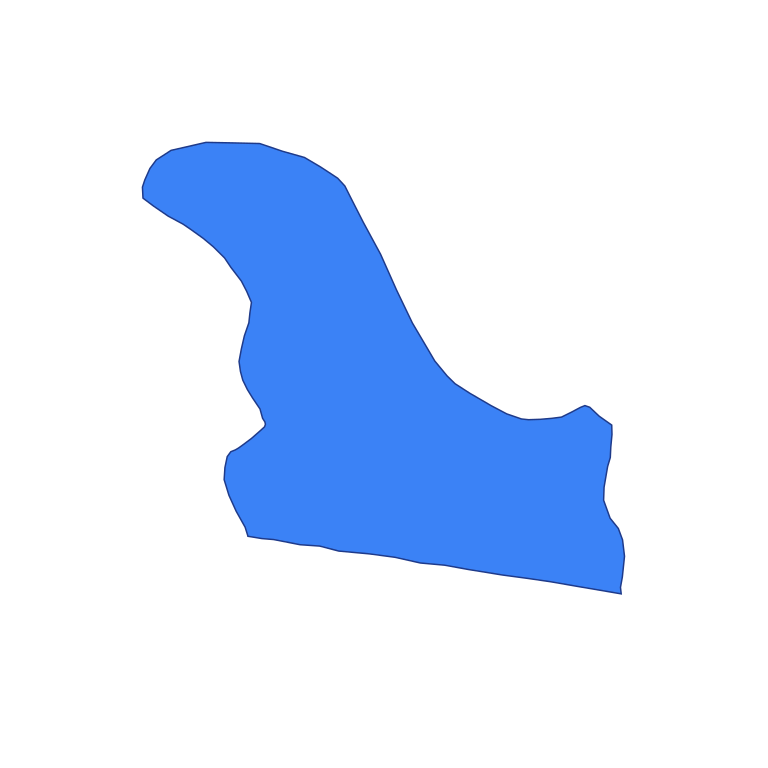 outline of Al-Faw, Al-Basrah, Iraq, rotated 199°
{"feature_id": "34846034B64994125853328", "entity_name": "Al-Faw", "entity_type": "district", "adm_level": 2, "iso_a3": "IRQ", "parent_name": "Iraq", "parent_adm1": "Al-Basrah", "projection": "albers", "projection_center": [48.282, 30.044], "detail": "fine", "context": "isolated", "style": "filled", "palette": "blue", "viewbox_px": 768, "rotation_deg": 199, "n_neighbors": 0, "source": "geoboundaries", "source_scale": "gbopen_adm2", "svg_char_len": 1451}
<svg xmlns="http://www.w3.org/2000/svg" viewBox="0 0 768 768"><g transform="rotate(199 384 384)"><path d="M91.4,262.8L94.2,268.7L95.8,279.1L100.5,299.4L107.7,314.3L115.4,323.7L126.5,330.7L138.5,345.6L142.3,358.0L145.7,378.8L146.1,388.2L149.0,398.1L152.0,410.5L155.3,419.3L170.0,423.6L181.9,429.0L187.0,429.0L190.7,425.8L197.6,418.4L205.4,410.5L214.1,406.2L224.7,401.5L235.7,397.3L242.6,395.7L258.2,395.7L275.6,398.4L299.9,403.2L316.9,407.4L327.0,412.2L343.5,422.3L357.4,434.2L377.0,450.9L402.7,476.9L429.4,505.5L456.5,530.4L476.8,550.0L485.5,558.5L494.8,563.5L514.4,568.5L532.9,572.3L555.8,571.0L579.8,570.9L603.7,563.3L631.0,554.5L661.4,535.6L672.3,521.7L675.5,511.6L676.6,499.1L676.5,491.5L672.4,481.3L671.0,480.8L659.5,477.1L642.5,472.4L626.4,469.8L618.6,467.7L602.5,462.9L590.1,458.2L575.8,451.3L566.7,444.4L552.4,434.9L546.0,428.8L544.1,427.0L535.9,418.0L534.0,407.9L531.7,397.9L531.7,384.1L530.3,370.8L528.4,358.1L523.8,349.1L518.8,341.7L511.4,334.3L503.6,327.9L493.1,320.0L487.6,312.0L484.3,309.4L483.0,307.3L483.0,304.6L487.1,297.2L491.7,289.2L498.5,279.2L500.8,276.0L503.1,273.3L506.8,270.1L508.6,264.3L507.2,253.2L504.0,241.5L494.4,228.3L482.4,215.6L468.7,203.4L463.6,196.5L463.1,195.7L458.0,196.6L449.1,198.1L437.7,201.0L411.1,204.7L392.1,209.8L372.4,211.3L342.6,218.6L317.3,223.7L291.3,226.6L267.8,232.4L243.7,236.1L210.1,241.9L184.7,247.0L161.9,251.3L135.2,255.6L91.4,262.8Z" fill="#3b82f6" stroke="#1e3a8a" stroke-width="1.5"/></g></svg>